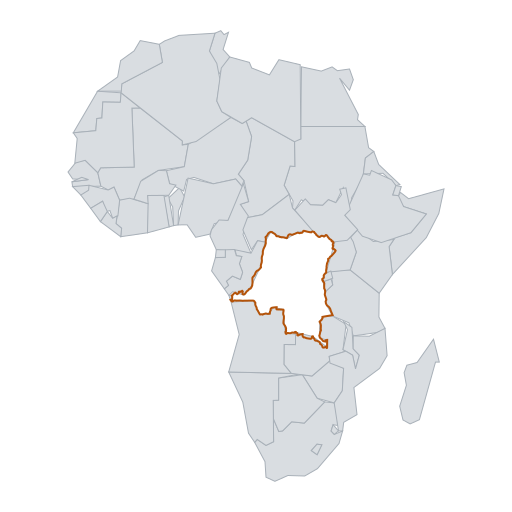 Democratic Republic of the Congo highlighted on a map of Africa
{"feature_id": "COD", "entity_name": "Democratic Republic of the Congo", "entity_type": "country or territory", "adm_level": 0, "iso_a3": "COD", "parent_name": "Africa", "parent_adm1": "", "projection": "robinson", "projection_center": [23.721, -4.071], "detail": "fine", "context": "in_parent", "style": "outline", "palette": "amber", "viewbox_px": 512, "rotation_deg": 0, "n_neighbors": 49, "source": "natural_earth", "source_scale": "50m", "svg_char_len": 15774}
<svg xmlns="http://www.w3.org/2000/svg" viewBox="0 0 512 512"><path d="M350.1,269.9L379.2,293.2L378.9,317.0L385.0,328.4L380.6,332.0L353.3,335.9L348.9,322.8L332.5,316.0L326.4,304.7L324.9,292.1L332.7,284.9L330.8,271.0L350.1,269.9Z" fill="#d9dde1" stroke="#a8b0b8" stroke-width="1"/><path d="M121.1,92.8L120.3,102.3L102.8,102.0L101.9,118.0L96.8,118.5L95.8,130.7L73.3,132.8L97.6,91.2L121.1,92.8Z" fill="#d9dde1" stroke="#a8b0b8" stroke-width="1"/><path d="M392.4,274.5L389.1,246.6L395.3,237.5L410.9,232.7L426.3,214.0L403.6,206.6L397.3,197.9L400.4,192.4L408.6,198.7L444.0,188.9L438.8,213.5L426.3,237.6L392.4,274.5Z" fill="#d9dde1" stroke="#a8b0b8" stroke-width="1"/><path d="M379.2,293.2L350.1,269.9L356.3,252.1L350.6,237.4L357.7,229.6L373.3,241.5L393.8,239.5L389.1,246.6L392.4,274.5L379.2,293.2Z" fill="#d9dde1" stroke="#a8b0b8" stroke-width="1"/><path d="M298.6,212.6L294.4,209.8L292.5,208.0L293.0,200.9L284.1,185.3L290.1,166.0L294.8,166.5L294.6,139.0L300.8,139.0L300.8,126.5L364.9,126.5L368.6,147.7L373.8,151.5L365.4,158.0L362.6,179.2L351.7,197.6L350.3,209.7L343.3,187.5L335.8,202.7L328.4,199.7L322.7,205.3L310.6,204.8L301.3,199.8L294.8,210.1L298.6,212.6Z" fill="#d9dde1" stroke="#a8b0b8" stroke-width="1"/><path d="M294.5,141.7L294.8,166.5L290.1,166.0L284.1,185.3L289.2,194.4L262.3,214.7L247.5,217.6L240.3,204.3L248.6,201.6L244.0,180.7L238.3,174.2L247.7,160.1L251.6,136.6L246.1,121.2L251.6,117.7L294.5,141.7Z" fill="#d9dde1" stroke="#a8b0b8" stroke-width="1"/><path d="M254.7,442.4L257.2,439.4L266.0,445.4L273.6,441.7L273.4,418.7L278.8,431.5L282.6,430.9L291.7,421.8L304.3,423.1L324.7,401.9L334.2,402.9L338.0,416.2L337.4,425.4L333.1,424.7L331.1,431.0L334.3,434.4L342.6,431.0L339.0,443.5L317.5,468.6L304.7,476.0L287.9,475.5L274.9,481.3L266.0,477.2L265.0,461.7L254.7,442.4ZM321.8,444.8L317.0,444.2L311.3,450.6L317.1,454.7L321.8,444.8Z" fill="#d9dde1" stroke="#a8b0b8" stroke-width="1"/><path d="M321.8,444.8L317.1,454.7L311.3,450.6L317.0,444.2L321.8,444.8Z" fill="#d9dde1" stroke="#a8b0b8" stroke-width="1"/><path d="M334.2,402.9L317.1,398.2L302.3,374.7L312.0,376.0L329.7,360.8L343.6,368.3L342.3,390.8L334.2,402.9Z" fill="#d9dde1" stroke="#a8b0b8" stroke-width="1"/><path d="M324.7,401.9L304.3,423.1L291.7,421.8L282.6,430.9L278.8,431.5L273.4,418.7L273.2,400.4L278.6,400.2L278.6,378.0L302.3,374.7L317.1,398.2L324.7,401.9Z" fill="#d9dde1" stroke="#a8b0b8" stroke-width="1"/><path d="M273.2,400.4L273.6,441.7L266.0,445.4L257.2,439.4L254.7,442.4L248.5,433.2L242.8,402.1L228.7,372.0L301.3,373.7L278.6,378.0L278.6,400.2L273.2,400.4Z" fill="#d9dde1" stroke="#a8b0b8" stroke-width="1"/><path d="M72.7,179.0L68.0,172.0L76.8,161.2L85.2,160.3L97.8,172.7L100.9,186.2L72.6,186.6L71.9,181.8L88.4,179.6L72.7,179.0Z" fill="#d9dde1" stroke="#a8b0b8" stroke-width="1"/><path d="M100.9,186.2L97.8,172.7L100.7,167.8L134.2,167.1L131.9,108.1L140.1,108.0L182.4,141.0L182.3,144.9L188.3,144.3L184.3,166.7L158.5,170.4L142.2,179.8L134.0,199.2L119.6,200.2L114.0,187.1L108.2,190.0L100.9,186.2Z" fill="#d9dde1" stroke="#a8b0b8" stroke-width="1"/><path d="M73.3,132.8L95.8,130.7L96.8,118.5L101.9,118.0L102.8,102.0L120.3,102.3L121.1,92.8L140.1,108.0L131.9,108.1L134.2,167.1L100.7,167.8L97.8,172.7L85.2,160.3L74.8,163.2L77.2,138.5L73.3,132.8Z" fill="#d9dde1" stroke="#a8b0b8" stroke-width="1"/><path d="M178.1,224.9L173.6,225.6L172.7,206.9L167.9,198.6L179.6,187.5L184.6,196.9L178.5,210.8L178.1,224.9Z" fill="#d9dde1" stroke="#a8b0b8" stroke-width="1"/><path d="M246.1,121.2L251.6,136.6L247.7,160.1L238.3,174.2L244.0,180.7L241.7,186.0L235.7,179.0L213.4,183.8L193.9,177.4L186.6,179.4L183.7,191.1L169.6,183.7L166.4,170.7L184.3,166.7L188.3,144.3L230.8,117.4L242.2,123.5L246.1,121.2Z" fill="#d9dde1" stroke="#a8b0b8" stroke-width="1"/><path d="M178.1,224.9L188.1,178.1L213.4,183.8L235.7,179.0L243.8,188.5L228.0,220.4L214.2,223.7L210.0,234.1L195.7,237.3L187.1,224.8L178.1,224.9Z" fill="#d9dde1" stroke="#a8b0b8" stroke-width="1"/><path d="M243.4,183.6L248.6,201.6L240.3,204.3L248.3,215.9L243.0,234.4L251.0,253.2L216.3,249.7L210.0,235.9L211.5,229.7L219.1,220.0L228.0,220.4L243.4,183.6Z" fill="#d9dde1" stroke="#a8b0b8" stroke-width="1"/><path d="M168.7,195.3L173.6,225.6L169.1,226.9L163.5,197.1L168.7,195.3Z" fill="#d9dde1" stroke="#a8b0b8" stroke-width="1"/><path d="M163.9,195.1L169.1,226.9L147.5,232.8L147.6,195.5L163.9,195.1Z" fill="#d9dde1" stroke="#a8b0b8" stroke-width="1"/><path d="M119.6,200.2L129.6,198.2L148.1,203.7L147.5,232.8L120.7,236.7L121.6,228.3L116.0,223.6L119.6,200.2Z" fill="#d9dde1" stroke="#a8b0b8" stroke-width="1"/><path d="M89.0,185.3L108.2,190.0L114.0,187.1L119.6,200.2L117.9,215.9L112.7,218.3L109.9,210.6L105.7,211.8L102.6,201.2L90.7,208.3L80.8,195.0L89.0,185.3Z" fill="#d9dde1" stroke="#a8b0b8" stroke-width="1"/><path d="M72.6,186.6L89.0,185.3L88.6,190.2L80.8,195.0L72.6,186.6Z" fill="#d9dde1" stroke="#a8b0b8" stroke-width="1"/><path d="M117.0,215.9L116.0,223.6L121.6,228.3L120.7,236.7L100.4,221.6L107.3,211.5L112.7,218.3L117.0,215.9Z" fill="#d9dde1" stroke="#a8b0b8" stroke-width="1"/><path d="M90.7,208.3L102.6,201.2L107.3,211.5L100.4,221.6L90.7,208.3Z" fill="#d9dde1" stroke="#a8b0b8" stroke-width="1"/><path d="M134.0,199.2L140.7,181.3L158.5,170.4L166.4,170.7L169.6,183.7L175.9,185.1L168.7,195.3L147.6,195.5L148.1,203.7L134.0,199.2Z" fill="#d9dde1" stroke="#a8b0b8" stroke-width="1"/><path d="M314.0,231.3L297.7,232.0L286.7,238.8L270.5,232.5L264.9,242.1L257.6,240.7L251.4,249.8L242.9,229.9L247.5,217.6L262.3,214.7L289.2,194.4L292.5,208.0L314.0,231.3Z" fill="#d9dde1" stroke="#a8b0b8" stroke-width="1"/><path d="M264.9,242.1L260.4,266.6L251.4,286.0L243.6,295.0L232.7,291.7L228.9,295.4L224.3,288.8L228.5,285.4L226.4,281.2L232.4,276.1L240.3,279.4L242.6,272.3L239.4,263.7L241.8,256.5L236.3,255.7L235.2,249.8L251.0,253.2L257.6,240.7L264.9,242.1Z" fill="#d9dde1" stroke="#a8b0b8" stroke-width="1"/><path d="M225.3,249.8L234.5,249.5L236.3,255.7L241.8,256.5L239.4,263.7L242.6,272.3L240.3,279.4L232.4,276.1L226.4,281.2L228.5,285.4L224.3,288.8L211.6,270.9L215.4,257.6L225.3,257.3L225.3,249.8Z" fill="#d9dde1" stroke="#a8b0b8" stroke-width="1"/><path d="M216.3,249.7L225.3,249.8L225.3,257.3L215.4,257.6L216.3,249.7Z" fill="#d9dde1" stroke="#a8b0b8" stroke-width="1"/><path d="M332.5,316.0L346.1,324.4L343.0,349.6L345.8,351.2L329.2,356.4L329.7,360.8L312.0,376.0L291.2,373.4L283.9,364.4L284.1,344.5L295.5,344.6L295.0,332.2L312.8,336.5L326.6,346.8L326.2,340.0L319.4,337.6L319.9,321.2L322.9,316.5L332.5,316.0Z" fill="#d9dde1" stroke="#a8b0b8" stroke-width="1"/><path d="M343.6,321.6L351.9,327.4L353.2,348.8L359.3,355.2L355.5,368.9L352.6,355.2L343.0,349.6L347.5,329.7L343.6,321.6Z" fill="#d9dde1" stroke="#a8b0b8" stroke-width="1"/><path d="M353.3,335.9L369.3,336.2L385.0,328.4L387.1,355.7L379.6,368.4L353.9,387.5L357.0,414.6L343.7,422.3L342.6,431.0L338.5,430.9L334.2,402.9L342.3,390.8L343.6,368.3L330.0,363.1L329.2,356.4L345.8,351.2L352.6,355.2L355.5,368.9L359.3,355.2L353.2,348.8L353.3,335.9Z" fill="#d9dde1" stroke="#a8b0b8" stroke-width="1"/><path d="M338.5,430.9L334.3,434.4L331.1,431.0L333.1,424.7L338.5,430.9Z" fill="#d9dde1" stroke="#a8b0b8" stroke-width="1"/><path d="M228.9,295.4L232.8,295.1L230.4,300.1L228.9,295.4ZM231.1,302.1L253.2,300.7L259.5,314.3L268.0,313.8L273.9,307.3L282.9,309.5L285.3,333.2L295.5,334.1L295.5,344.6L284.1,344.5L283.9,364.4L291.2,373.4L228.7,372.0L239.2,334.5L231.1,302.1Z" fill="#d9dde1" stroke="#a8b0b8" stroke-width="1"/><path d="M331.1,279.0L332.7,284.9L324.9,292.1L323.1,281.7L331.1,279.0Z" fill="#d9dde1" stroke="#a8b0b8" stroke-width="1"/><path d="M433.5,339.2L439.3,362.1L435.5,362.1L419.4,419.7L410.1,423.9L403.0,420.0L399.7,406.2L406.4,385.3L404.1,372.7L406.9,365.2L417.1,362.5L433.5,339.2Z" fill="#d9dde1" stroke="#a8b0b8" stroke-width="1"/><path d="M71.9,181.8L81.7,177.3L88.4,179.6L71.9,181.8Z" fill="#d9dde1" stroke="#a8b0b8" stroke-width="1"/><path d="M218.6,74.7L209.4,51.0L215.0,33.2L220.8,30.7L224.0,34.6L228.5,32.3L223.1,49.5L229.8,57.0L218.6,74.7Z" fill="#d9dde1" stroke="#a8b0b8" stroke-width="1"/><path d="M121.1,92.8L121.8,83.8L162.4,62.4L159.3,44.3L164.7,40.9L179.0,35.4L215.0,33.2L209.4,51.0L216.8,63.4L220.1,80.2L216.8,101.0L221.8,111.7L230.8,117.4L196.1,141.5L182.3,144.9L182.4,141.0L121.1,92.8Z" fill="#d9dde1" stroke="#a8b0b8" stroke-width="1"/><path d="M363.4,173.9L365.4,158.0L373.8,151.5L378.7,164.5L399.9,184.6L395.9,185.6L383.0,173.3L363.4,173.9Z" fill="#d9dde1" stroke="#a8b0b8" stroke-width="1"/><path d="M97.6,91.2L117.6,77.0L120.6,60.6L134.1,50.9L140.2,40.6L159.3,44.3L162.4,62.4L121.8,83.8L121.3,91.2L97.6,91.2Z" fill="#d9dde1" stroke="#a8b0b8" stroke-width="1"/><path d="M364.9,126.5L300.8,126.5L301.5,66.8L321.3,71.1L332.1,66.9L337.4,70.7L349.5,69.0L353.3,79.7L349.5,90.2L339.5,78.1L358.3,114.5L357.5,119.7L364.9,126.5Z" fill="#d9dde1" stroke="#a8b0b8" stroke-width="1"/><path d="M300.2,64.7L300.8,139.0L294.5,141.7L251.6,117.7L242.2,123.5L221.8,111.7L216.8,101.0L221.3,68.0L229.8,57.0L249.4,62.4L251.7,68.0L269.4,74.9L278.9,59.7L300.2,64.7Z" fill="#d9dde1" stroke="#a8b0b8" stroke-width="1"/><path d="M426.3,214.0L410.9,232.7L381.2,242.6L362.4,236.2L344.7,215.3L363.4,173.9L369.7,175.2L371.4,170.5L391.7,179.9L395.9,185.6L392.8,194.9L398.5,195.7L403.6,206.6L426.3,214.0Z" fill="#d9dde1" stroke="#a8b0b8" stroke-width="1"/><path d="M395.9,185.6L401.3,186.6L398.5,195.7L392.8,194.9L395.9,185.6Z" fill="#d9dde1" stroke="#a8b0b8" stroke-width="1"/><path d="M350.1,269.9L326.2,272.3L335.4,240.3L350.6,237.4L353.2,241.7L356.3,252.1L350.1,269.9Z" fill="#d9dde1" stroke="#a8b0b8" stroke-width="1"/><path d="M330.8,271.0L332.7,278.2L323.1,281.7L324.6,274.1L330.8,271.0Z" fill="#d9dde1" stroke="#a8b0b8" stroke-width="1"/><path d="M333.1,242.0L326.9,235.2L317.4,236.4L294.8,210.1L305.3,198.9L310.6,204.8L322.7,205.3L328.4,199.7L335.8,202.7L341.5,194.7L339.7,189.2L345.9,187.9L350.3,209.7L344.7,215.3L357.7,229.6L347.2,240.3L333.1,242.0Z" fill="#d9dde1" stroke="#a8b0b8" stroke-width="1"/><path d="M332.6,315.1L322.8,316.8L322.4,317.0L322.6,317.6L322.5,318.3L322.2,318.8L321.8,319.5L321.2,320.3L320.8,320.6L319.6,321.6L319.6,321.9L320.4,323.4L320.7,324.4L320.9,325.4L320.8,328.4L320.7,328.9L320.9,329.8L320.9,330.6L320.4,331.4L320.2,332.2L319.6,334.9L319.3,335.7L319.7,337.0L320.0,337.7L320.5,338.3L321.6,339.2L322.0,339.7L323.2,341.1L324.7,341.4L325.2,341.6L325.5,341.5L325.6,341.3L325.6,340.9L325.5,340.6L325.6,340.3L325.9,340.2L326.6,340.1L326.9,339.9L327.2,339.9L327.1,347.5L327.0,347.9L326.7,348.0L326.4,347.7L326.2,347.0L326.1,346.8L325.8,346.7L325.4,346.8L324.9,347.2L324.2,347.5L323.9,347.6L323.4,347.6L322.9,347.5L322.5,347.1L322.4,346.5L321.6,345.0L321.0,344.3L320.7,344.2L320.3,344.1L320.1,343.5L319.9,342.8L319.6,342.1L319.3,341.9L316.6,340.7L316.0,340.7L315.4,340.6L315.0,340.3L314.8,340.1L314.2,338.6L313.2,337.6L313.0,336.4L312.8,336.3L312.4,336.4L312.1,336.5L311.6,338.3L311.3,338.6L310.9,338.7L310.4,338.8L309.7,338.7L308.3,338.5L306.5,338.2L306.0,338.0L305.6,337.8L304.3,337.3L303.7,337.4L303.4,337.0L303.2,336.9L302.8,336.6L302.7,336.1L302.5,335.2L302.5,334.7L302.7,334.1L302.3,334.0L301.9,334.2L300.2,334.5L299.1,334.9L298.3,335.4L298.0,335.5L297.5,335.3L297.3,335.0L297.5,334.7L297.6,334.3L297.4,333.5L297.2,333.1L296.5,332.8L296.2,332.8L296.1,332.4L295.9,332.0L295.3,331.9L295.0,332.0L294.9,332.3L294.9,332.6L294.5,332.7L293.8,332.7L293.0,332.5L292.5,332.5L292.1,332.5L290.8,333.1L290.4,333.2L288.9,333.2L288.1,333.0L287.5,333.0L287.1,333.2L286.6,333.7L286.2,333.9L285.7,333.4L285.7,332.7L285.4,332.0L285.6,331.6L286.0,331.3L286.1,330.7L286.0,329.9L286.0,329.2L286.1,328.9L286.0,328.0L285.5,326.7L284.9,325.6L284.2,324.7L283.7,323.9L283.4,323.1L283.5,321.2L283.9,318.3L283.9,316.1L283.3,314.6L283.2,313.1L283.5,311.4L283.6,310.3L283.4,309.7L283.2,309.6L280.0,309.5L276.8,309.4L276.5,309.2L276.4,308.8L276.4,308.4L276.7,307.3L276.7,307.2L276.1,307.2L272.7,307.6L271.6,307.9L270.8,308.6L270.6,309.4L270.6,310.1L270.6,310.6L270.2,311.2L270.0,311.8L269.8,313.7L268.7,313.9L267.6,313.9L267.4,313.9L266.0,313.5L265.5,313.5L265.1,313.7L263.5,314.1L262.7,314.6L262.0,314.3L261.2,314.4L260.1,314.5L259.9,314.4L258.3,311.6L257.8,310.6L257.3,309.9L256.8,309.3L256.7,308.7L256.7,308.1L256.5,307.3L255.9,306.3L255.5,305.3L255.3,304.4L255.3,303.6L255.4,302.9L255.2,302.5L254.9,302.1L254.7,301.8L254.3,301.2L253.8,300.8L253.1,300.6L249.9,300.6L244.5,300.7L244.0,300.7L242.6,300.8L241.0,300.6L239.1,300.5L238.4,300.6L236.9,300.6L236.5,300.7L235.9,300.5L235.2,300.6L234.9,300.4L234.1,300.5L233.7,300.7L233.1,301.2L232.2,301.5L231.9,301.4L231.6,301.3L231.1,300.8L230.7,300.2L230.5,299.9L230.8,299.8L232.0,299.7L232.2,297.8L232.2,296.1L232.0,295.9L231.8,295.8L231.8,295.6L232.6,295.0L233.0,294.6L233.9,293.5L235.1,293.0L235.2,292.9L235.3,292.7L235.6,292.7L236.0,293.3L236.9,294.1L237.1,294.2L237.9,293.7L238.5,293.4L238.6,293.2L238.7,292.8L238.8,291.8L239.1,291.6L239.5,291.8L239.7,292.0L240.0,292.0L240.6,291.5L241.1,291.4L241.6,291.2L242.1,290.8L242.3,290.8L242.8,291.6L242.4,292.6L242.6,293.2L242.6,294.1L242.9,294.3L243.1,294.3L243.4,294.3L243.8,294.5L244.2,294.4L244.6,294.2L245.4,293.3L246.4,291.8L247.3,290.9L248.0,290.5L248.5,290.0L248.7,289.5L249.1,289.1L250.0,288.8L250.6,288.5L251.3,287.5L252.2,285.6L252.5,282.9L252.4,278.2L252.5,277.6L252.8,277.1L253.7,276.2L254.3,275.4L254.8,274.6L255.6,272.6L256.2,271.6L256.7,271.1L257.4,270.6L258.4,270.2L259.8,268.8L261.0,267.4L260.8,265.7L261.1,264.3L261.7,262.5L261.9,260.6L261.7,258.6L261.8,257.0L262.7,254.4L262.8,253.2L262.8,251.4L263.5,248.9L265.1,245.7L265.8,243.3L265.7,241.0L265.9,239.3L265.8,238.2L265.5,237.4L265.7,236.8L266.2,236.6L267.0,235.7L268.3,233.4L269.7,232.3L270.7,231.9L271.7,232.0L272.3,232.2L272.6,232.5L273.4,233.1L274.7,233.8L275.6,234.7L276.1,235.6L276.5,236.1L277.0,236.3L277.8,236.2L278.7,236.4L279.6,236.9L280.2,237.1L280.4,237.0L280.8,237.0L281.9,237.4L282.7,237.2L283.9,237.4L286.7,238.1L287.0,238.0L287.2,237.7L287.8,236.2L288.3,235.3L288.6,234.9L289.2,234.5L289.9,234.3L290.6,234.4L291.7,234.8L292.2,234.8L292.8,234.6L293.7,234.2L294.6,233.9L295.4,233.6L297.2,232.8L297.9,232.7L299.7,233.2L300.8,232.8L301.3,232.9L302.3,232.6L302.5,232.3L303.2,231.1L303.8,230.8L304.9,231.0L307.4,231.7L309.9,232.2L311.0,232.3L311.3,232.3L312.1,231.6L312.4,231.5L312.6,231.5L314.2,232.0L314.4,232.5L314.7,232.9L315.6,233.7L315.9,234.1L316.3,234.9L316.6,235.2L317.0,235.4L317.4,235.6L317.6,236.0L317.9,236.3L318.5,236.8L319.2,236.9L319.5,237.0L319.8,236.9L320.4,236.6L321.0,236.1L321.5,235.8L322.7,235.9L323.3,236.2L323.8,236.5L324.2,236.5L325.1,235.9L325.6,235.2L326.0,235.0L326.7,235.3L327.3,236.0L327.8,236.9L328.6,237.9L329.6,239.1L330.8,239.7L331.3,240.0L331.5,240.3L331.6,240.7L331.6,241.1L331.7,241.3L332.4,241.2L332.7,241.3L332.9,241.6L333.1,242.2L333.4,242.3L333.5,242.7L333.1,243.5L332.8,244.2L332.7,245.0L333.0,245.4L333.2,245.6L333.2,245.9L333.2,246.2L332.8,247.2L332.5,248.2L332.5,248.6L333.1,249.0L333.8,248.9L334.1,249.2L334.3,249.5L334.5,249.7L334.8,249.7L335.0,249.8L335.1,250.0L335.6,250.5L335.5,250.9L335.4,251.2L334.9,252.0L333.7,253.4L331.2,256.2L330.3,256.6L329.9,257.1L329.5,257.9L328.8,258.6L328.2,258.8L328.2,259.0L328.1,259.7L328.2,260.8L327.9,261.3L327.3,262.9L327.2,263.0L327.0,263.3L326.9,264.3L326.8,264.7L326.5,266.7L326.6,267.3L326.4,268.3L326.4,268.8L326.3,269.5L326.1,270.1L326.2,272.6L326.0,272.8L325.6,273.1L325.2,273.4L324.1,274.7L323.8,275.3L323.7,275.6L323.8,277.3L323.7,277.7L323.6,277.9L322.3,278.9L322.2,279.2L322.4,279.9L322.4,280.4L322.6,280.7L323.1,280.9L323.1,281.4L323.9,282.4L324.2,283.0L324.3,283.6L324.2,285.0L324.2,285.7L324.2,287.9L324.2,288.4L324.8,289.5L325.1,290.8L325.2,291.7L325.2,292.0L324.8,294.2L324.8,294.6L324.9,295.1L325.6,297.2L326.0,298.3L326.3,299.2L326.3,299.7L326.3,300.0L325.7,301.2L325.6,301.6L325.8,302.5L325.9,303.4L326.9,305.3L327.4,305.8L328.2,306.4L329.0,307.1L329.6,307.9L330.2,308.9L330.5,309.8L330.7,310.6L332.4,314.6L332.6,315.1Z" fill="none" stroke="#b45309" stroke-width="2"/></svg>